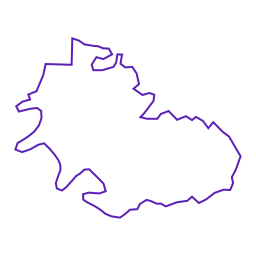 Ametista do Sul, Rio Grande do Sul, Brazil
{"feature_id": "56859067B61027900204882", "entity_name": "Ametista do Sul", "entity_type": "district", "adm_level": 2, "iso_a3": "BRA", "parent_name": "Brazil", "parent_adm1": "Rio Grande do Sul", "projection": "orthographic", "projection_center": [-53.201, -27.36], "detail": "fine", "context": "isolated", "style": "outline", "palette": "violet", "viewbox_px": 256, "rotation_deg": 0, "n_neighbors": 0, "source": "geoboundaries", "source_scale": "gbopen_adm2", "svg_char_len": 1455}
<svg xmlns="http://www.w3.org/2000/svg" viewBox="0 0 256 256"><path d="M108.8,48.6L103.1,48.3L98.2,46.3L92.9,45.8L84.5,44.4L78.9,40.6L72.3,38.4L71.6,64.8L45.6,64.0L43.3,75.0L36.5,91.2L28.3,94.5L30.1,99.5L22.5,101.6L16.2,106.3L18.9,111.5L31.2,108.6L37.1,108.0L41.2,111.0L41.5,118.0L39.0,125.3L34.3,131.5L27.8,136.8L21.9,140.5L17.6,143.0L15.4,149.5L22.0,152.1L30.3,149.3L38.2,144.8L44.0,143.3L49.4,148.5L54.5,154.5L58.6,160.5L60.3,164.9L60.5,169.9L57.7,177.4L55.8,183.2L56.8,188.4L61.9,190.5L66.1,187.3L72.9,179.8L76.0,176.1L80.1,173.5L84.3,169.6L89.2,169.3L93.0,173.1L98.3,178.2L103.5,183.6L105.7,191.2L99.6,193.4L94.3,193.1L88.9,192.6L83.1,194.2L83.2,199.6L87.4,202.4L94.3,205.9L100.1,209.5L105.6,213.9L111.4,216.3L115.6,217.0L120.0,217.6L124.2,214.7L130.1,209.7L137.3,209.2L139.9,204.0L146.6,199.9L151.0,201.1L156.7,203.7L161.0,203.7L165.8,206.4L177.1,202.2L187.1,200.9L192.0,196.7L198.9,203.0L206.1,199.4L214.6,192.9L223.5,189.7L230.2,190.0L233.1,183.0L231.8,177.3L235.9,169.4L240.6,156.3L229.0,136.5L223.0,132.1L213.3,122.2L208.3,128.2L202.9,120.9L196.0,116.9L192.0,120.1L186.0,116.2L177.1,119.8L168.6,111.0L160.8,114.0L157.3,118.8L147.3,118.8L140.4,117.2L144.0,113.5L153.6,100.8L154.2,94.7L149.4,93.0L142.5,95.0L133.5,88.7L139.0,84.1L136.6,73.4L132.2,66.9L125.3,67.4L120.5,63.7L122.0,54.6L117.4,54.4L116.2,62.4L113.5,66.9L102.1,70.2L93.3,70.2L91.7,64.6L96.4,57.2L103.3,59.1L112.1,54.3L108.8,48.6Z" fill="none" stroke="#5b21b6" stroke-width="2"/></svg>